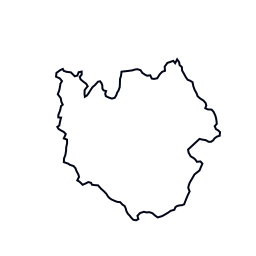 the district of Mata, Rio Grande do Sul, Brazil, rotated 203°
{"feature_id": "56859067B52092652221629", "entity_name": "Mata", "entity_type": "district", "adm_level": 2, "iso_a3": "BRA", "parent_name": "Brazil", "parent_adm1": "Rio Grande do Sul", "projection": "albers", "projection_center": [-54.46, -29.545], "detail": "fine", "context": "isolated", "style": "outline", "palette": "ink", "viewbox_px": 256, "rotation_deg": 203, "n_neighbors": 0, "source": "geoboundaries", "source_scale": "gbopen_adm2", "svg_char_len": 2578}
<svg xmlns="http://www.w3.org/2000/svg" viewBox="0 0 256 256"><g transform="rotate(203 128 128)"><path d="M45.6,116.8L45.6,120.9L45.6,124.3L48.3,125.5L51.4,123.8L53.5,125.2L55.9,126.0L59.2,126.4L62.5,128.9L64.3,131.6L57.9,145.9L54.9,146.4L51.7,147.2L48.5,146.8L46.2,147.7L44.8,149.9L44.2,152.5L42.7,154.9L40.6,156.7L41.7,160.2L44.3,161.1L46.5,161.3L48.9,163.5L47.9,166.6L49.3,169.1L50.9,171.6L52.6,173.7L55.5,176.3L58.2,177.6L61.9,176.3L64.6,176.4L64.7,179.3L66.4,181.4L69.4,182.8L72.1,183.2L74.3,183.7L76.5,184.6L78.6,186.9L81.6,189.2L84.2,192.0L86.5,195.4L89.4,195.8L91.9,195.7L94.7,197.4L97.3,199.5L100.6,202.0L102.3,205.2L105.0,206.0L106.7,208.6L109.6,210.4L109.9,206.1L112.6,207.5L114.5,205.7L117.2,203.3L118.2,198.8L116.3,195.1L118.5,193.1L119.8,189.7L120.5,185.2L123.3,183.3L125.5,182.8L128.1,185.2L130.8,183.6L133.0,183.7L136.2,184.3L139.1,186.1L142.3,185.8L144.5,184.5L146.3,182.9L150.3,180.5L153.7,178.6L156.0,177.3L154.8,173.3L154.5,170.1L152.5,164.9L151.6,162.4L151.4,158.5L151.8,156.3L151.6,153.7L152.0,150.6L154.3,148.8L157.5,148.5L160.9,148.7L162.4,150.7L162.6,153.4L165.2,153.1L166.9,154.2L168.5,157.5L170.1,159.0L171.9,160.1L173.7,158.9L175.3,154.3L176.6,151.8L177.2,148.8L177.9,144.3L178.5,141.9L179.9,139.9L181.3,142.3L182.7,145.8L182.1,148.4L181.4,150.7L183.8,152.4L187.9,153.4L190.7,154.3L192.4,156.2L191.5,158.9L192.7,161.8L195.2,160.1L195.1,156.5L197.2,154.8L202.3,156.9L206.5,155.7L209.5,155.5L211.1,156.9L212.9,154.9L215.4,150.8L214.3,147.1L210.2,147.0L207.1,145.4L207.5,142.3L206.7,139.3L206.0,135.9L205.8,131.6L201.7,129.3L199.5,126.0L197.2,124.0L198.2,121.9L197.6,119.1L197.3,116.5L197.2,112.7L196.3,110.5L193.7,111.4L193.1,107.6L192.2,103.4L193.5,101.4L191.6,100.0L188.3,99.5L185.6,99.3L182.9,98.1L183.0,93.3L179.6,93.5L178.1,90.2L177.2,85.6L176.2,83.2L175.1,78.6L175.0,74.9L173.7,71.5L169.3,71.8L167.1,71.4L163.2,71.7L160.6,70.4L158.3,68.0L155.5,65.8L154.0,63.9L154.2,59.9L151.9,59.7L149.7,58.9L147.6,58.0L145.4,60.3L143.4,62.7L140.6,63.1L139.0,61.7L135.7,62.6L133.2,63.5L131.1,62.5L129.2,61.6L125.3,60.3L122.3,59.0L119.6,57.1L117.4,56.2L115.1,55.8L111.9,55.7L109.0,55.8L106.2,56.7L103.1,55.3L100.7,54.9L98.8,53.2L96.9,50.8L94.6,49.0L92.0,47.9L89.7,46.6L87.3,45.6L84.5,46.2L82.9,48.2L85.0,50.9L83.7,54.4L80.6,57.1L78.0,57.5L75.4,58.9L72.2,59.1L68.6,57.9L65.7,57.3L63.9,58.8L62.1,60.3L60.0,63.0L57.9,65.9L56.3,68.5L53.4,70.8L53.4,73.7L52.2,75.5L50.3,76.9L48.1,78.1L46.5,79.7L46.6,82.2L46.7,85.9L46.7,89.6L46.5,93.7L49.2,96.5L49.7,99.2L49.8,102.2L49.3,105.7L49.0,108.5L48.6,111.4L45.6,116.8Z" fill="none" stroke="#020617" stroke-width="2"/></g></svg>